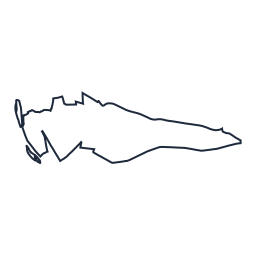 the district of Basatin, Al Qahirah, Egypt
{"feature_id": "37247803B92056872151518", "entity_name": "Basatin", "entity_type": "district", "adm_level": 2, "iso_a3": "EGY", "parent_name": "Egypt", "parent_adm1": "Al Qahirah", "projection": "natural_earth1", "projection_center": [31.251, 29.98], "detail": "fine", "context": "isolated", "style": "outline", "palette": "slate", "viewbox_px": 256, "rotation_deg": 0, "n_neighbors": 0, "source": "geoboundaries", "source_scale": "gbopen_adm2", "svg_char_len": 5183}
<svg xmlns="http://www.w3.org/2000/svg" viewBox="0 0 256 256"><path d="M62.2,96.5L60.3,97.0L57.9,97.8L57.5,97.8L56.1,98.0L55.1,98.1L53.2,98.5L53.2,100.3L53.2,100.8L52.8,102.6L52.4,104.9L52.1,106.0L51.6,108.4L51.3,108.4L51.2,108.7L50.9,109.3L50.7,110.7L50.6,110.8L49.9,110.5L49.3,110.2L49.0,110.2L48.4,110.1L48.0,110.1L46.2,110.0L44.9,109.9L43.9,110.0L43.7,110.0L42.8,110.8L42.3,111.2L42.0,111.3L41.1,111.4L40.9,111.4L40.6,111.6L40.0,112.2L39.8,112.3L39.7,112.3L38.9,112.1L38.5,112.0L36.9,112.0L35.7,111.9L35.1,111.9L34.2,111.1L33.8,110.9L32.8,110.5L32.0,110.1L30.4,111.2L29.9,111.0L28.8,111.7L27.8,112.2L28.2,113.2L27.9,113.6L25.9,114.7L24.7,115.0L24.5,115.4L23.8,115.8L23.2,114.6L23.3,117.2L23.4,121.7L23.7,124.0L22.8,126.1L22.2,126.8L25.2,135.4L27.3,140.6L30.9,145.2L35.4,151.1L40.4,156.5L42.0,154.7L42.9,153.9L43.2,153.6L43.4,153.5L45.3,152.7L47.1,151.7L47.5,151.6L47.3,151.2L47.2,150.9L45.9,144.3L45.7,143.1L45.6,141.9L45.2,140.0L45.0,139.0L44.8,137.7L44.4,136.2L44.0,135.3L43.4,134.2L42.9,133.1L42.5,132.3L42.0,131.5L42.5,131.2L44.4,134.3L47.2,139.0L48.6,141.5L50.5,145.0L53.2,149.3L55.5,153.3L57.1,155.8L60.2,161.0L62.2,159.6L64.1,158.5L64.4,158.4L64.8,157.9L65.1,157.7L66.3,156.9L67.0,156.4L67.7,155.6L68.3,154.9L70.1,153.2L72.5,151.0L73.1,150.3L77.1,146.3L80.0,143.4L81.1,142.1L81.4,142.4L81.0,143.9L80.4,147.6L82.0,147.8L94.2,149.2L93.2,151.6L93.2,151.8L93.3,152.1L93.4,152.4L93.6,152.5L97.2,154.6L99.0,155.6L103.1,157.8L104.8,158.8L108.3,160.7L110.3,161.9L110.7,162.1L111.5,162.5L112.0,162.7L112.4,162.8L113.2,162.8L114.9,162.6L118.6,162.1L123.6,161.4L125.4,161.0L126.7,161.0L129.1,160.2L132.9,158.4L142.4,153.8L147.3,151.4L151.7,149.8L156.3,148.2L158.9,147.3L160.2,147.0L161.9,146.9L166.7,147.1L168.3,147.1L171.8,147.3L182.3,147.8L184.8,147.9L190.4,148.8L193.1,149.3L196.1,149.9L199.5,150.4L200.6,150.7L201.2,150.7L202.9,150.7L203.9,150.5L206.3,150.2L210.4,149.7L212.2,149.4L213.8,149.2L215.7,149.0L217.4,148.7L220.5,147.8L222.5,147.3L224.8,146.7L227.9,145.8L236.1,143.8L238.3,143.4L240.0,143.3L240.6,143.2L240.6,140.4L235.2,137.4L233.9,136.4L229.7,133.6L228.4,133.3L226.2,133.1L222.8,131.6L222.6,131.2L222.4,130.6L222.3,129.8L222.2,129.5L222.0,129.1L222.0,128.7L221.7,128.9L220.2,129.5L218.7,129.9L217.8,130.0L215.9,130.2L214.0,130.0L212.4,129.6L210.5,129.1L207.2,127.7L205.2,127.0L204.3,126.7L201.9,125.9L199.1,125.4L191.7,124.3L184.5,123.3L182.8,123.0L181.6,122.8L178.0,122.2L173.2,121.4L169.2,120.9L166.3,120.4L163.2,119.6L161.2,119.3L160.8,119.2L159.6,119.2L159.0,119.2L157.4,119.3L155.3,119.6L154.5,119.6L153.3,119.5L152.3,119.3L150.7,118.9L149.6,118.4L147.8,117.5L141.8,114.8L139.4,113.8L136.7,113.0L131.6,111.7L129.1,111.0L126.6,110.1L125.4,109.6L124.5,109.1L115.2,104.6L114.0,104.1L112.9,103.7L111.9,103.5L110.7,103.4L109.0,103.3L108.3,103.4L107.9,103.4L106.9,103.6L106.5,103.8L106.2,103.9L105.6,104.2L104.7,104.9L104.3,105.2L103.9,105.4L103.4,105.6L103.2,105.7L102.5,105.6L102.2,105.4L101.9,105.1L101.6,104.8L101.2,104.2L100.8,103.9L100.6,103.7L98.8,101.2L98.5,101.0L98.4,101.0L98.1,101.3L97.9,101.9L97.8,102.1L97.7,102.1L97.2,101.9L94.0,99.8L90.6,97.7L86.1,95.1L82.6,93.0L82.6,94.6L82.6,96.1L82.9,102.0L83.1,103.7L75.8,101.6L75.9,102.2L76.1,104.5L67.3,104.7L66.5,104.7L66.2,104.7L65.5,104.4L65.0,103.9L64.6,103.7L64.2,103.6L64.1,103.3L63.5,100.8L63.1,99.3L62.2,96.5ZM16.3,103.7L16.4,105.8L16.7,108.8L16.7,109.3L16.7,109.6L16.6,110.0L16.4,109.7L16.2,108.1L16.0,104.1L16.0,103.9L15.9,103.8L15.8,104.0L15.7,104.5L15.4,106.8L15.4,107.9L15.4,108.5L15.4,109.3L15.6,110.2L15.7,111.2L16.0,112.5L16.3,113.8L16.9,115.9L17.3,117.1L17.5,117.9L17.8,118.8L18.3,119.6L18.4,120.0L18.6,120.7L18.7,121.4L18.7,121.7L19.2,122.8L19.4,123.7L19.7,124.6L20.2,125.9L20.4,126.7L20.4,126.8L20.5,126.9L21.0,126.5L21.5,125.7L21.8,125.2L22.0,124.6L22.1,124.3L22.1,123.7L22.2,123.4L21.7,117.3L21.5,114.8L21.3,112.0L21.1,109.9L21.0,108.7L20.8,107.3L20.5,106.1L20.0,104.3L19.9,103.6L19.4,101.7L19.3,101.3L19.1,100.8L18.9,100.7L18.4,100.3L17.6,100.1L16.6,100.0L16.4,100.1L16.2,100.4L16.2,100.9L16.3,103.7ZM27.2,149.2L27.0,149.4L27.1,150.1L27.2,150.8L27.5,151.6L27.8,152.4L28.1,153.1L28.5,153.8L28.9,154.3L29.7,155.3L30.7,156.6L31.5,157.4L32.5,158.5L33.4,159.2L34.3,159.8L34.9,160.4L35.0,160.4L35.2,160.5L35.5,160.3L35.6,159.8L35.5,159.6L35.3,159.3L35.2,159.2L35.2,158.8L35.1,158.2L35.1,157.9L35.1,157.5L35.0,157.2L34.8,157.2L34.8,156.7L34.9,156.2L34.9,155.9L34.8,155.4L34.6,155.0L34.4,154.8L33.2,153.9L32.5,153.5L31.5,152.7L31.4,152.7L31.2,152.7L30.7,152.3L30.8,152.2L30.8,151.9L30.7,151.8L30.4,151.7L29.7,150.7L29.4,150.2L29.2,149.7L29.0,149.3L28.6,148.5L28.1,147.8L27.9,147.4L27.2,146.6L26.7,145.9L26.5,146.0L26.6,146.4L26.7,146.7L26.8,147.1L27.1,148.8L27.2,149.2ZM36.0,156.7L35.9,156.8L35.8,156.7L35.7,156.7L35.7,156.8L35.8,156.9L35.9,157.0L36.0,157.0L36.1,157.5L36.1,157.8L36.2,158.0L36.1,158.8L36.3,159.2L36.5,159.9L37.3,161.5L39.4,162.6L40.0,163.0L40.2,162.9L40.2,162.3L40.2,161.8L40.1,161.4L39.9,160.7L39.5,160.8L39.4,160.8L39.4,160.6L39.2,160.4L39.3,160.2L39.2,160.1L39.2,159.8L39.1,159.7L38.8,159.4L38.5,158.8L38.2,158.4L37.9,158.1L37.7,157.7L37.4,157.4L37.2,157.3L37.0,157.0L36.8,156.7L36.3,156.3L36.1,156.1L36.1,156.3L36.0,156.7Z" fill="none" stroke="#1e293b" stroke-width="2"/></svg>